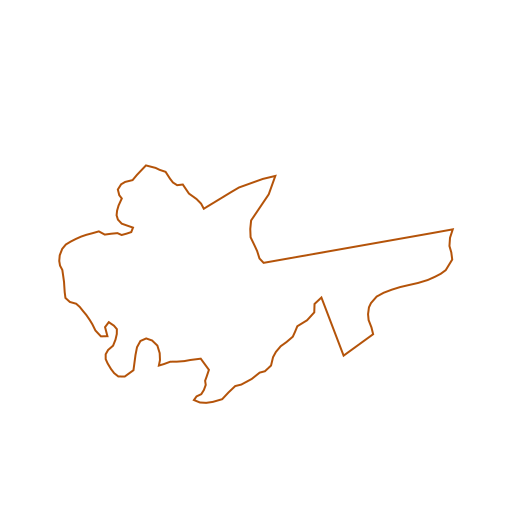 Salinópolis, Pará, Brazil, rotated 248°
{"feature_id": "56859067B4042781644411", "entity_name": "Salinópolis", "entity_type": "district", "adm_level": 2, "iso_a3": "BRA", "parent_name": "Brazil", "parent_adm1": "Pará", "projection": "natural_earth1", "projection_center": [-47.351, -0.707], "detail": "fine", "context": "isolated", "style": "outline", "palette": "amber", "viewbox_px": 512, "rotation_deg": 248, "n_neighbors": 0, "source": "geoboundaries", "source_scale": "gbopen_adm2", "svg_char_len": 2046}
<svg xmlns="http://www.w3.org/2000/svg" viewBox="0 0 512 512"><g transform="rotate(248 256 256)"><path d="M207.0,448.4L211.4,427.3L226.8,354.8L246.8,260.5L252.4,258.3L260.2,258.9L266.2,258.6L275.4,258.0L283.2,260.8L290.8,264.8L308.4,290.9L323.0,303.9L324.9,291.2L325.2,283.9L325.7,270.9L325.9,265.9L324.6,257.1L319.4,225.3L325.1,224.7L331.1,222.2L339.0,217.2L349.7,214.9L351.2,209.4L355.3,206.5L360.0,205.2L367.9,203.7L372.0,198.9L375.3,195.9L381.2,187.9L375.8,176.0L372.6,170.0L373.7,162.4L373.0,157.8L369.4,152.8L363.6,152.0L359.6,153.1L354.3,147.5L350.1,144.2L346.0,142.0L341.5,141.6L336.3,143.6L332.4,148.0L328.4,152.6L324.9,149.3L325.2,144.5L325.8,139.3L329.1,136.1L330.9,130.1L332.5,123.8L337.7,119.5L338.4,112.9L339.2,106.6L339.5,101.2L339.3,95.4L338.8,89.7L337.9,84.0L335.2,79.0L330.2,74.3L325.1,71.7L320.5,70.7L315.6,71.2L309.1,69.6L303.9,68.3L299.4,66.8L294.2,65.1L288.5,63.6L283.1,66.2L279.1,71.4L274.8,73.5L270.1,74.9L264.8,76.6L258.9,77.9L254.0,78.7L247.1,79.2L239.6,82.1L237.3,88.2L246.6,89.4L249.8,94.7L244.6,98.2L240.3,99.6L235.8,97.7L231.1,94.4L226.4,89.9L224.3,83.7L221.2,79.8L216.7,78.0L212.0,78.2L205.6,79.2L200.5,80.6L195.9,83.2L193.4,89.1L194.8,94.7L196.0,99.6L209.4,107.2L216.0,111.5L220.5,117.0L220.7,123.3L216.6,128.0L209.9,131.0L202.0,130.3L195.5,128.0L190.8,124.9L190.3,130.1L190.1,136.9L187.6,143.3L185.4,150.2L184.2,156.1L181.5,166.3L168.1,169.7L162.6,165.0L159.4,162.1L155.3,161.1L151.3,157.5L148.4,153.5L148.1,148.3L145.7,144.5L141.2,149.1L138.5,154.8L136.9,161.3L135.9,171.0L139.8,179.4L143.2,188.0L142.3,194.2L143.6,206.0L146.5,215.7L145.8,221.1L148.8,228.9L155.8,233.9L159.6,238.5L163.1,245.1L164.8,252.1L167.4,259.9L171.1,263.8L175.4,268.0L177.3,279.3L181.9,288.9L189.6,292.3L193.0,301.1L130.8,299.9L139.6,335.3L146.5,336.3L154.4,336.4L160.1,338.1L166.1,341.5L169.3,345.0L173.2,352.7L174.1,360.6L173.9,369.4L173.2,378.0L171.8,386.9L170.3,396.1L169.4,406.2L169.7,414.3L170.3,420.6L171.8,426.6L179.2,436.6L186.1,438.4L192.8,439.1L200.2,442.7L207.0,448.4Z" fill="none" stroke="#b45309" stroke-width="2"/></g></svg>